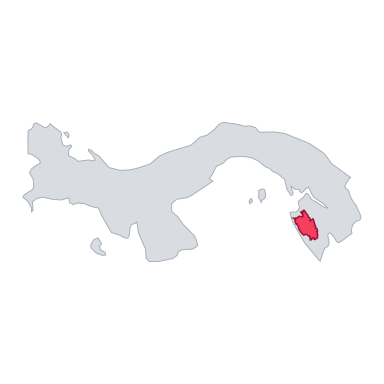 Sambú, Emberá, Panama (highlighted)
{"feature_id": "35544464B41200753641773", "entity_name": "Sambú", "entity_type": "district", "adm_level": 2, "iso_a3": "PAN", "parent_name": "Panama", "parent_adm1": "Emberá", "projection": "mercator", "projection_center": [-78.143, 7.844], "detail": "fine", "context": "in_parent", "style": "filled", "palette": "rose", "viewbox_px": 384, "rotation_deg": 0, "n_neighbors": 0, "source": "geoboundaries", "source_scale": "gbopen_adm2", "svg_char_len": 6752}
<svg xmlns="http://www.w3.org/2000/svg" viewBox="0 0 384 384"><path d="M350.6,177.5L349.5,178.3L346.3,182.9L344.6,186.9L348.7,191.0L350.0,195.5L352.3,200.3L355.9,205.1L360.0,214.1L361.0,217.7L359.8,220.0L355.9,221.4L352.3,225.6L351.3,230.7L352.0,233.3L341.1,241.4L338.3,242.8L336.5,241.5L334.2,237.4L331.4,234.1L329.9,233.0L329.0,232.9L328.2,233.7L327.8,235.5L329.2,243.1L328.0,246.2L324.3,248.6L320.1,261.1L318.4,259.5L304.5,242.7L292.5,221.9L289.9,212.5L293.1,211.9L296.1,212.1L297.7,210.7L299.6,207.9L298.1,201.6L303.9,196.7L306.1,193.4L307.8,193.8L311.6,199.4L317.2,202.6L324.0,207.2L328.2,208.3L322.9,203.4L313.6,197.0L311.1,192.8L308.6,187.0L305.0,189.5L303.3,191.6L301.4,192.8L299.8,191.4L299.5,189.5L294.1,189.1L292.7,187.4L291.2,186.4L291.9,190.1L293.0,192.3L292.4,195.1L290.6,195.2L289.1,192.4L287.2,189.9L284.6,179.3L278.4,174.2L275.6,172.6L273.2,171.9L269.8,168.5L265.2,166.7L259.0,161.4L251.4,157.6L242.1,156.3L230.8,157.1L227.0,159.2L224.5,161.9L223.3,163.1L216.6,166.2L214.1,170.6L212.5,174.4L209.1,178.6L212.9,181.2L191.2,195.6L186.9,197.7L177.1,199.1L174.9,200.7L171.9,203.5L171.5,207.9L171.9,211.5L174.8,214.4L177.3,216.2L183.4,224.7L194.1,235.5L196.2,239.5L197.8,245.3L194.6,248.0L192.1,249.2L181.8,249.6L178.3,252.0L176.9,255.5L173.0,258.4L159.8,261.3L149.5,261.6L146.2,258.3L145.5,248.9L138.5,232.9L136.8,221.9L135.1,223.3L131.4,224.6L130.1,227.3L129.2,235.4L127.8,238.2L125.0,238.0L119.1,235.0L111.3,232.4L101.4,215.1L100.3,211.9L98.4,208.0L90.7,206.4L84.1,203.5L77.0,203.0L73.3,204.6L69.6,202.6L68.9,197.8L61.4,200.0L51.8,199.2L43.2,197.2L37.3,198.3L32.4,201.6L33.1,210.2L31.6,211.9L31.4,208.4L29.7,204.4L27.6,201.0L23.3,197.6L23.0,196.3L24.8,194.5L32.6,189.5L33.6,187.4L33.7,183.0L33.0,178.8L29.4,172.7L31.5,168.9L35.5,165.8L39.7,163.4L40.4,162.4L39.6,160.3L37.2,158.0L31.5,154.2L28.1,153.9L27.9,142.9L28.1,131.1L29.0,129.9L31.1,129.2L32.7,127.4L33.7,123.9L36.2,122.7L40.7,125.4L45.2,127.8L47.2,127.0L48.6,125.8L49.6,124.7L49.9,123.6L53.6,126.7L61.1,132.3L61.5,135.0L60.8,137.7L62.9,145.2L66.8,146.3L70.7,144.8L71.7,146.2L70.9,147.6L68.9,149.1L68.4,155.6L74.8,158.6L78.1,161.3L88.7,160.0L92.6,160.7L95.3,160.0L92.3,154.8L88.4,150.9L88.7,149.2L91.7,150.5L94.0,153.1L99.3,156.3L108.9,167.6L120.0,170.3L128.7,170.0L136.9,168.4L149.9,164.1L159.3,156.2L166.8,152.6L191.1,145.1L199.7,137.3L203.4,136.2L206.9,135.3L214.5,129.3L218.6,124.7L223.0,122.4L235.8,124.0L244.2,126.2L249.9,125.9L255.5,127.5L257.9,130.9L260.4,132.3L274.0,131.9L285.1,133.6L309.6,143.6L324.2,153.5L331.9,163.9L350.6,177.5ZM105.6,255.1L102.4,255.4L95.9,252.9L91.1,248.0L90.8,246.5L90.9,244.8L93.5,239.9L96.9,238.2L98.3,238.2L101.6,243.9L99.4,246.1L100.3,249.7L105.0,252.3L105.6,255.1ZM262.3,200.0L261.2,202.5L258.5,197.0L258.9,195.5L258.7,190.5L261.3,189.2L263.2,189.1L264.8,189.8L265.7,195.7L264.9,198.3L262.3,200.0ZM69.0,135.1L68.4,137.8L63.9,132.9L66.6,132.1L67.5,132.2L69.0,135.1ZM252.6,201.2L250.0,203.8L249.0,201.3L250.8,198.8L251.5,198.7L252.6,201.2Z" fill="#d9dde1" stroke="#a8b0b8" stroke-width="1"/><path d="M301.5,232.9L301.6,233.0L301.8,233.1L302.1,233.7L302.4,234.0L302.5,234.1L303.0,234.4L303.2,234.6L303.6,234.8L303.9,235.2L305.8,234.2L306.0,234.3L306.5,234.5L306.8,234.6L307.1,234.8L307.3,234.9L307.6,235.3L307.8,235.4L308.0,235.6L308.4,235.9L308.5,235.9L308.7,236.1L308.9,236.1L309.0,236.1L309.3,235.9L309.6,235.9L309.6,236.1L309.6,236.4L309.6,236.8L309.8,237.3L309.8,237.6L309.8,237.9L309.8,238.0L310.0,238.4L310.0,238.5L310.1,238.8L310.1,239.0L310.2,239.3L310.3,239.4L310.4,239.5L310.4,239.8L310.4,240.0L310.6,240.0L310.8,240.0L311.0,239.9L311.4,239.4L311.5,239.4L311.8,239.3L311.9,239.2L311.7,238.8L311.7,238.7L311.7,238.4L311.8,238.3L311.9,238.2L312.1,238.1L313.9,237.8L314.0,238.2L314.0,238.8L314.0,239.0L314.2,239.3L314.4,239.4L314.5,239.5L314.8,239.5L315.2,239.4L315.9,239.0L316.0,238.9L316.1,238.7L316.2,238.4L317.6,237.8L317.6,237.1L317.4,236.5L317.4,236.4L317.5,236.0L317.6,235.9L317.4,235.2L317.5,235.1L317.6,234.8L317.7,234.7L317.3,234.3L317.2,234.3L317.2,234.2L317.4,233.5L317.5,233.1L317.5,232.9L317.4,232.8L317.3,232.5L317.1,231.8L317.0,231.7L316.8,231.6L317.3,231.3L317.5,231.2L317.6,230.9L317.6,230.6L317.6,230.4L317.5,230.2L317.4,230.1L317.2,229.7L317.0,229.3L317.0,228.5L316.9,228.4L316.7,228.4L316.1,228.3L315.8,228.3L315.7,228.2L315.5,227.9L315.6,227.6L315.7,227.1L315.4,226.6L315.4,226.4L315.5,226.0L315.4,225.9L315.4,225.7L315.2,225.7L314.9,225.1L314.8,224.4L314.6,223.9L314.6,223.7L314.4,223.4L314.3,222.9L314.2,222.7L314.2,222.1L314.1,221.5L313.5,220.3L313.4,219.9L313.3,219.5L313.3,219.3L313.2,219.3L313.1,219.2L312.9,219.0L312.7,218.9L312.6,219.0L312.4,219.1L312.0,219.5L311.9,219.6L311.4,219.9L311.2,220.0L310.5,220.7L310.3,220.9L310.2,220.9L310.1,221.0L310.0,220.9L309.9,220.6L309.9,220.2L310.0,219.3L310.0,219.0L310.0,218.8L309.9,218.6L309.7,218.0L309.6,217.7L309.4,217.5L309.2,217.4L308.5,217.3L308.4,217.3L308.1,217.0L308.0,216.1L307.9,215.7L307.9,215.4L307.7,215.0L307.3,214.5L306.8,213.8L306.6,213.6L306.1,213.2L305.8,212.9L305.6,212.7L305.5,212.3L305.3,211.7L305.2,211.4L305.1,211.2L304.8,211.1L304.7,211.1L304.3,210.7L304.2,210.3L304.1,210.2L303.9,210.2L303.9,210.3L303.7,210.4L303.5,210.7L303.1,211.1L303.0,211.3L302.9,211.2L302.7,211.1L302.4,211.2L302.1,211.4L302.0,211.5L301.9,211.5L301.6,211.8L301.7,212.0L301.7,212.3L301.3,212.3L301.2,212.3L301.4,212.5L301.2,212.6L301.3,212.7L301.4,213.0L301.5,213.1L301.5,212.9L301.5,212.7L301.8,212.6L301.8,212.9L301.6,213.0L301.8,212.9L302.0,212.9L301.9,213.0L302.1,213.1L302.2,213.3L302.1,213.5L302.2,213.4L302.3,213.4L302.4,213.5L302.4,213.4L302.5,213.4L302.6,213.5L302.6,213.8L302.5,214.0L302.4,214.1L302.4,214.3L302.3,214.5L302.3,214.8L302.5,215.0L302.7,215.3L302.8,215.5L303.0,215.5L303.0,215.8L302.9,215.8L302.8,216.0L302.7,216.1L302.6,216.4L302.5,216.5L302.4,216.6L302.5,216.6L302.5,216.9L302.4,216.9L302.1,216.9L301.5,216.8L300.8,216.7L300.4,216.5L300.0,216.4L299.4,216.2L299.2,216.4L299.1,216.5L298.6,216.6L298.4,216.6L298.3,216.8L298.1,217.0L297.9,217.2L297.7,217.3L297.4,217.6L297.1,217.9L296.7,217.8L296.4,217.8L296.1,217.9L295.8,217.9L295.7,217.9L295.5,218.0L295.4,218.1L295.2,218.4L295.1,218.6L294.8,218.8L294.6,218.8L294.4,218.7L294.2,218.6L294.0,218.4L293.8,218.2L293.5,218.2L294.5,218.8L294.7,219.2L294.8,219.3L295.2,219.4L295.4,219.5L295.5,219.5L295.6,219.8L295.5,220.0L295.4,220.1L295.0,220.7L294.9,220.8L294.9,221.0L295.4,222.3L295.8,223.3L295.9,223.9L296.0,224.0L296.3,224.1L296.6,224.0L296.9,223.8L297.1,223.8L297.3,223.9L297.4,224.0L297.3,224.5L297.3,224.8L297.4,225.1L297.5,225.3L297.9,225.9L298.1,226.2L298.3,226.7L298.5,227.0L298.5,227.7L298.5,227.9L298.5,228.0L298.7,228.4L298.8,228.5L298.9,229.1L299.0,229.3L299.6,230.0L300.4,231.5L300.5,231.6L300.6,231.8L301.0,232.5L301.5,232.9Z" fill="#f43f5e" stroke="#9f1239" stroke-width="1.5"/></svg>